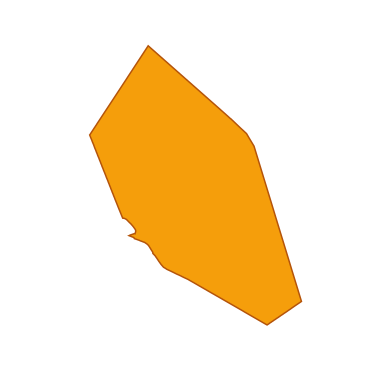 Dar Sa'd, Lahij, Yemen, rotated 67°
{"feature_id": "15242507B92713589855665", "entity_name": "Dar Sa'd", "entity_type": "district", "adm_level": 2, "iso_a3": "YEM", "parent_name": "Yemen", "parent_adm1": "Lahij", "projection": "mercator", "projection_center": [44.98, 12.915], "detail": "fine", "context": "isolated", "style": "filled", "palette": "amber", "viewbox_px": 384, "rotation_deg": 67, "n_neighbors": 0, "source": "geoboundaries", "source_scale": "gbopen_adm2", "svg_char_len": 3185}
<svg xmlns="http://www.w3.org/2000/svg" viewBox="0 0 384 384"><g transform="rotate(67 192 192)"><path d="M335.5,134.0L303.0,130.6L291.8,129.4L246.9,124.7L235.8,123.5L174.0,117.0L164.9,118.3L159.5,119.0L159.3,119.1L152.2,122.3L139.7,127.7L139.5,127.9L129.7,132.5L43.7,173.6L40.3,175.2L46.2,184.0L61.5,206.9L61.6,207.0L77.2,230.4L92.3,253.1L92.5,253.3L92.6,253.5L92.9,253.9L93.3,254.5L93.5,254.9L93.8,255.3L94.0,255.6L94.3,256.0L94.6,256.5L94.9,257.0L95.2,257.4L97.8,261.3L99.3,263.5L99.5,263.9L102.5,264.0L103.4,264.0L103.9,264.0L104.5,264.0L105.5,264.0L106.5,264.1L107.5,264.1L108.6,264.1L110.1,264.1L111.8,264.2L113.2,264.3L114.0,264.3L115.1,264.3L116.3,264.3L117.6,264.4L118.8,264.4L120.0,264.4L121.2,264.5L122.4,264.5L123.6,264.5L124.1,264.5L124.9,264.5L126.1,264.6L127.3,264.6L128.5,264.6L129.8,264.7L131.0,264.7L132.2,264.7L133.1,264.8L133.5,264.8L134.7,264.8L135.9,264.8L137.1,264.9L138.3,264.9L139.1,264.9L139.5,264.9L143.4,265.0L145.1,265.1L146.3,265.1L147.6,265.1L148.8,265.1L150.0,265.2L151.3,265.2L152.5,265.2L153.7,265.3L153.9,265.3L154.8,265.3L156.0,265.3L157.3,265.4L158.5,265.4L159.7,265.4L160.9,265.5L162.2,265.5L163.4,265.5L164.7,265.6L165.9,265.6L166.2,265.6L166.3,265.6L167.2,265.6L168.7,265.7L169.4,265.7L169.9,265.7L170.1,265.7L179.1,265.9L181.3,265.9L186.7,266.0L187.4,266.0L189.0,266.0L189.2,265.6L190.0,264.4L191.6,263.1L194.9,261.8L195.5,261.6L196.6,261.1L196.8,261.0L197.0,260.9L197.4,260.8L197.7,260.6L198.6,260.4L199.2,260.1L199.6,260.0L200.3,259.8L200.7,259.7L201.4,259.5L202.3,259.3L202.6,259.2L203.3,259.1L203.6,259.0L204.8,258.8L205.2,258.8L205.7,259.1L205.9,259.1L206.1,259.2L206.6,259.4L206.8,259.6L207.2,259.9L207.4,260.1L208.0,260.6L207.8,260.7L207.8,261.2L207.8,261.6L207.6,263.8L207.5,265.5L207.5,266.0L207.5,266.6L207.6,266.8L207.6,267.0L209.4,265.2L211.2,263.3L212.4,263.3L212.7,262.9L213.1,262.5L213.7,261.8L214.9,260.5L215.6,259.7L216.8,258.6L217.2,258.2L217.4,257.9L218.7,256.6L220.0,255.2L220.4,255.0L220.5,254.9L221.0,254.6L221.6,254.2L222.6,253.6L224.3,252.9L228.0,252.3L228.7,252.2L228.9,252.2L231.1,251.8L231.4,251.7L231.9,251.7L232.3,251.7L232.9,251.9L233.1,252.0L233.3,252.0L233.6,251.9L233.9,251.8L234.1,251.6L234.3,251.6L234.5,251.6L235.0,251.3L235.5,251.2L235.9,251.0L236.1,250.9L236.4,250.9L236.5,250.8L237.6,250.6L237.9,250.6L239.0,250.3L240.7,250.0L242.9,249.6L243.7,249.4L246.0,248.9L246.5,248.8L249.9,247.7L250.1,247.6L251.0,247.0L251.3,246.7L251.6,246.5L252.8,245.7L253.3,245.4L256.4,242.6L258.8,240.5L261.4,238.3L263.2,236.6L265.2,234.8L266.1,234.1L267.7,232.7L270.9,229.8L272.0,229.0L272.3,228.8L272.4,228.7L291.6,214.2L294.1,212.3L294.2,212.2L297.4,209.8L304.0,204.8L320.9,192.0L323.0,190.5L343.4,175.1L343.7,174.8L343.7,174.6L343.6,174.2L343.3,172.5L343.0,171.4L342.8,170.1L342.6,169.3L342.5,168.8L342.4,168.0L342.2,167.3L342.0,166.4L341.8,165.0L341.5,163.8L341.3,162.7L341.1,161.4L340.8,160.2L340.7,159.6L340.5,158.8L340.3,157.8L340.1,156.4L339.8,155.2L339.6,154.4L339.6,154.2L339.4,153.0L339.1,151.5L339.0,151.1L339.0,150.9L338.7,149.8L338.5,148.6L338.4,148.2L338.3,147.5L338.1,146.7L337.7,144.9L337.5,143.9L337.1,142.0L336.3,138.0L336.0,136.4L335.5,134.0Z" fill="#f59e0b" stroke="#b45309" stroke-width="1.5"/></g></svg>